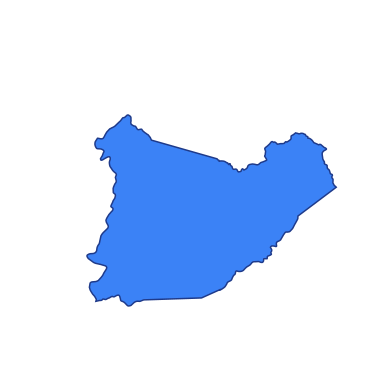 Potrerillos, El Paraíso, Honduras (Robinson projection), rotated 60°
{"feature_id": "27666195B65676299493653", "entity_name": "Potrerillos", "entity_type": "district", "adm_level": 2, "iso_a3": "HND", "parent_name": "Honduras", "parent_adm1": "El Paraíso", "projection": "robinson", "projection_center": [-86.765, 14.057], "detail": "fine", "context": "isolated", "style": "filled", "palette": "blue", "viewbox_px": 384, "rotation_deg": 60, "n_neighbors": 0, "source": "geoboundaries", "source_scale": "gbopen_adm2", "svg_char_len": 6037}
<svg xmlns="http://www.w3.org/2000/svg" viewBox="0 0 384 384"><g transform="rotate(60 192 192)"><path d="M238.6,329.9L239.7,326.4L240.5,324.8L240.5,323.7L240.2,322.8L240.3,322.5L240.8,321.8L241.7,320.9L242.0,320.3L242.1,317.7L242.4,316.4L242.3,315.1L242.4,313.8L242.6,313.2L243.4,312.6L243.8,311.9L243.9,311.4L243.9,310.1L244.0,308.7L244.3,307.7L244.6,307.2L245.2,306.8L246.2,306.8L248.3,307.3L250.1,307.9L250.5,307.9L251.1,307.7L252.0,306.9L253.2,306.1L254.5,305.6L257.8,304.8L258.6,304.4L259.1,303.7L259.5,302.6L259.7,301.5L258.7,297.1L258.8,295.4L259.0,294.6L259.4,293.7L260.6,291.9L260.8,291.0L261.1,288.9L261.3,287.7L288.5,236.7L290.5,217.0L290.8,217.3L291.0,216.9L291.0,214.4L290.8,212.2L290.6,211.0L290.2,210.1L289.2,208.2L288.3,207.0L288.0,206.3L287.9,205.2L288.1,202.9L287.9,201.8L287.5,201.2L286.5,200.0L285.4,198.3L284.9,197.0L284.9,196.2L284.7,195.8L284.0,195.0L283.0,194.2L282.7,193.7L282.6,193.3L282.7,192.8L284.1,191.4L284.9,190.1L285.4,188.8L285.6,187.6L285.5,186.5L284.8,184.3L284.3,182.3L284.2,178.3L283.8,177.0L283.2,175.5L283.1,174.7L283.1,173.9L283.4,173.2L284.2,171.7L285.4,169.3L285.8,168.8L287.4,167.5L288.0,166.6L288.2,166.0L288.0,165.4L287.7,164.8L286.8,164.0L286.0,163.5L285.8,163.2L285.9,162.7L287.3,160.4L287.0,160.0L285.8,159.2L285.5,158.7L285.5,157.9L285.8,156.0L285.8,155.0L285.7,154.5L285.4,154.3L284.0,154.1L283.5,153.5L283.0,152.6L282.2,152.0L281.6,151.8L279.2,151.8L279.0,151.6L278.7,151.1L278.6,150.3L278.7,149.7L279.8,148.0L281.2,146.6L281.3,146.1L281.1,145.8L280.8,145.6L279.5,145.1L278.6,144.6L277.9,143.9L277.7,142.7L277.9,140.8L277.8,139.3L274.8,134.1L273.6,131.4L273.7,130.6L274.6,129.0L275.1,127.4L275.0,126.6L274.0,123.3L273.3,122.1L271.7,119.7L269.7,116.3L268.3,114.1L268.0,113.7L265.8,112.3L260.0,64.7L259.0,64.9L257.6,65.5L254.5,65.4L251.7,63.6L250.8,63.5L249.7,63.7L249.0,63.4L248.5,63.1L248.0,62.2L247.1,61.9L246.7,62.0L246.0,62.6L245.3,63.0L242.4,62.3L241.5,62.2L239.3,62.9L237.6,62.3L236.5,61.7L235.7,62.0L234.5,62.9L233.8,63.1L233.2,63.0L232.6,62.5L232.2,62.3L229.6,62.3L228.8,62.2L224.6,60.5L223.3,59.7L222.8,58.9L222.3,57.5L222.3,55.1L222.2,54.4L222.0,54.1L221.5,54.1L220.6,54.4L219.8,55.1L219.1,55.4L215.2,56.8L214.6,57.6L214.5,58.0L214.6,58.4L214.3,58.9L213.3,59.5L210.2,61.8L207.4,62.1L205.9,62.6L204.3,63.4L203.3,64.7L203.0,64.6L202.6,64.3L202.1,64.1L201.6,64.3L200.6,65.2L198.8,65.1L198.2,65.9L197.5,66.0L196.5,66.9L195.6,68.3L195.4,69.7L195.0,70.4L194.6,70.8L194.1,71.1L193.8,71.6L192.6,72.7L193.0,75.4L193.0,77.9L193.3,78.3L193.7,78.6L195.3,79.5L195.6,80.0L195.9,80.7L196.2,83.2L196.2,84.3L196.0,85.1L195.4,85.5L195.3,85.9L195.5,86.7L195.8,87.4L195.9,88.0L195.3,89.6L194.4,91.1L193.4,94.0L193.1,94.3L192.4,94.3L191.6,94.6L190.1,95.3L189.9,95.9L189.9,96.4L188.8,97.0L188.4,97.4L188.3,97.9L188.3,98.5L189.2,100.8L189.9,103.8L190.2,106.1L190.4,106.7L190.7,107.2L191.7,107.6L193.3,107.8L193.7,108.0L195.5,109.4L196.3,109.9L196.8,110.7L197.4,111.2L200.4,111.1L201.3,111.2L201.7,111.4L201.8,111.9L201.7,113.0L201.4,115.4L200.9,117.7L201.4,120.4L201.3,121.4L200.8,122.3L199.3,123.9L198.0,125.6L197.4,127.2L197.0,128.5L197.0,129.5L197.2,130.2L197.6,130.9L198.5,131.8L198.8,132.6L199.0,133.3L199.0,134.8L198.9,136.0L197.3,136.5L197.2,136.7L197.2,137.2L197.4,137.8L197.8,138.4L198.3,138.8L198.5,139.3L198.5,139.8L198.3,140.6L197.8,141.7L197.2,142.0L195.3,141.9L194.6,142.1L194.2,142.5L193.8,143.0L193.6,143.5L193.5,144.1L193.3,144.4L193.0,144.8L192.5,145.0L191.4,145.0L189.8,144.6L188.8,145.1L187.8,145.3L187.5,145.2L187.1,144.9L186.7,144.9L186.4,145.1L186.2,145.5L186.3,145.8L186.5,146.1L186.5,146.4L185.6,146.6L184.6,146.6L184.0,147.3L182.7,147.9L181.8,148.5L180.9,149.4L180.0,150.7L179.3,151.9L179.1,152.7L179.0,153.0L178.7,153.1L178.4,152.8L178.1,152.8L177.1,153.5L176.3,153.7L175.8,153.7L126.9,201.1L126.7,201.2L123.9,200.9L120.5,201.4L119.5,202.0L117.9,202.7L116.9,203.2L115.7,203.6L114.7,204.0L112.6,204.2L112.3,204.4L112.1,204.8L111.8,205.5L111.4,206.9L111.1,207.5L110.8,207.7L110.0,208.0L107.8,208.0L106.9,208.1L106.2,208.7L105.7,209.4L104.1,210.3L102.8,210.8L101.3,210.4L99.9,209.2L99.2,208.9L97.1,207.7L96.2,207.5L95.5,207.6L93.7,208.5L93.3,208.9L93.1,209.4L93.0,209.9L93.2,210.3L93.4,211.8L93.7,212.8L93.6,213.7L93.2,214.5L93.2,215.0L93.5,215.8L94.6,218.3L95.0,220.2L96.4,225.8L96.5,227.4L96.3,229.8L96.3,230.8L96.2,231.5L96.5,232.7L97.5,235.9L99.1,238.7L100.2,240.3L101.1,242.2L101.0,243.1L100.5,244.2L98.4,246.6L98.2,247.0L100.0,250.5L100.9,251.4L102.1,252.2L103.5,252.7L104.8,252.9L106.5,252.8L107.0,252.5L107.5,251.9L108.8,249.9L109.7,248.9L111.2,248.0L111.9,247.8L112.6,247.8L113.1,248.2L114.0,249.5L115.7,251.5L117.4,254.6L117.9,254.8L118.5,254.9L118.9,254.9L119.1,254.7L119.4,253.9L119.5,252.6L119.4,251.1L119.5,247.5L119.9,246.3L120.1,246.0L120.4,245.8L121.3,245.7L122.2,246.1L122.8,246.5L124.2,248.1L125.4,249.0L127.3,249.8L128.3,250.1L129.2,250.2L133.8,249.9L136.0,249.3L137.7,248.6L138.4,248.7L139.3,248.9L139.6,249.2L140.2,250.1L141.1,251.1L143.8,251.8L144.7,252.2L145.4,252.7L145.8,253.3L146.6,255.0L148.4,257.4L149.6,258.6L153.1,260.4L153.6,260.4L155.2,259.8L155.7,259.7L156.6,260.0L157.3,260.5L158.8,262.0L160.1,264.6L161.2,265.9L163.2,268.8L163.8,269.4L164.3,269.5L166.3,268.7L167.0,268.8L167.6,269.2L168.1,269.8L168.4,270.3L168.8,271.8L170.0,275.2L171.8,278.5L172.8,279.9L173.4,280.6L174.1,280.9L175.5,281.3L179.2,281.4L180.1,281.8L180.7,282.3L181.1,282.9L181.5,284.0L182.8,289.2L183.3,290.6L184.1,292.2L184.5,292.8L189.9,297.7L190.6,298.6L191.2,300.0L192.0,301.2L192.8,302.1L195.2,304.0L195.9,305.1L196.2,306.2L196.1,307.6L195.7,308.7L194.6,310.9L194.4,311.6L194.2,312.5L194.2,314.0L194.4,314.5L194.7,314.8L195.3,315.1L195.9,315.2L197.8,315.1L203.7,312.5L204.6,311.9L205.6,311.1L209.1,307.3L212.7,303.9L213.6,303.5L214.6,303.5L215.2,304.0L215.8,304.5L218.1,308.9L219.6,311.1L220.5,313.3L221.8,317.3L221.8,318.4L221.5,320.0L219.9,323.5L219.7,324.1L219.7,325.3L220.2,326.0L223.2,328.5L225.6,329.1L226.2,329.2L228.1,329.2L230.7,329.1L233.6,328.5L236.7,328.5L237.1,328.6L237.6,328.9L238.6,329.9Z" fill="#3b82f6" stroke="#1e3a8a" stroke-width="1.5"/></g></svg>